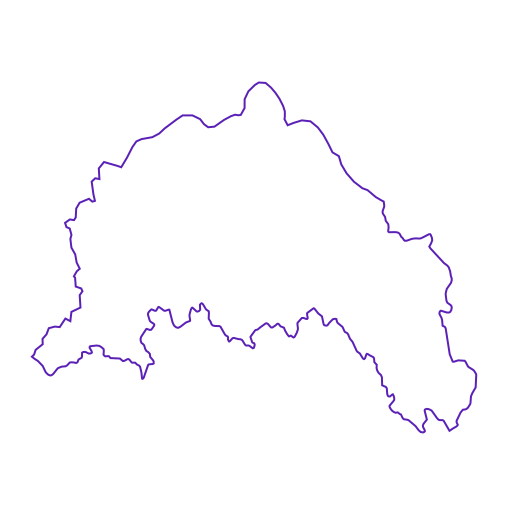 map outline of Khakass (Equal Earth projection), rotated 271°
{"feature_id": "RUS-2402", "entity_name": "Khakass", "entity_type": "Republic", "adm_level": 1, "iso_a3": "RUS", "parent_name": "Russia", "parent_adm1": "", "projection": "equal_earth", "projection_center": [89.08, 53.381], "detail": "fine", "context": "isolated", "style": "outline", "palette": "violet", "viewbox_px": 512, "rotation_deg": 271, "n_neighbors": 0, "source": "natural_earth", "source_scale": "10m", "svg_char_len": 6058}
<svg xmlns="http://www.w3.org/2000/svg" viewBox="0 0 512 512"><g transform="rotate(271 256 256)"><path d="M152.7,83.8L151.2,83.4L149.4,80.4L146.8,79.4L146.1,78.6L145.9,77.9L146.4,75.5L146.5,73.0L146.2,71.6L143.4,69.1L142.4,67.6L142.0,63.7L140.5,60.1L139.7,59.3L134.3,55.1L133.2,53.6L133.0,52.3L133.6,50.5L135.5,48.3L136.6,47.5L142.3,44.7L147.3,39.7L149.2,36.6L151.4,33.7L153.7,35.9L158.3,37.3L164.1,44.3L169.4,44.0L174.0,47.9L180.2,50.1L181.9,56.1L181.5,61.0L190.1,66.5L187.6,71.5L196.9,72.4L201.4,81.4L213.8,80.4L217.7,83.1L220.5,81.8L222.3,76.3L231.1,75.5L232.5,74.3L237.6,77.1L240.2,80.0L246.3,76.8L254.5,75.2L261.1,71.3L269.8,70.1L273.9,71.1L280.2,69.3L281.6,66.0L285.8,64.5L289.3,69.3L288.7,73.4L291.5,75.1L300.3,75.4L306.2,78.7L310.3,88.0L307.5,91.4L308.3,94.0L314.7,92.4L327.5,90.4L330.9,93.9L330.2,98.1L340.8,97.3L347.3,102.4L343.7,115.8L342.4,119.7L351.9,125.2L362.9,130.6L368.5,134.4L370.9,139.6L373.0,150.3L376.7,157.0L382.0,162.5L390.8,173.8L395.3,180.2L395.5,189.9L391.9,197.7L386.9,201.7L383.9,205.9L384.6,212.2L391.6,221.8L395.3,228.4L396.9,232.6L396.4,235.9L396.8,238.3L403.7,242.0L412.6,241.9L420.5,245.5L427.0,251.9L429.5,255.8L429.2,262.6L424.5,268.2L419.6,272.5L413.8,276.6L406.5,280.5L401.1,282.3L395.8,282.4L393.3,282.1L387.3,285.4L389.7,291.2L392.4,299.5L391.6,308.1L385.6,315.6L378.4,321.2L369.3,326.4L360.9,330.7L357.3,337.1L349.0,339.7L340.3,345.1L331.9,352.7L325.6,361.2L323.8,366.4L317.1,374.6L313.7,380.6L312.7,382.7L309.2,383.3L307.5,383.3L303.3,381.9L301.7,381.8L300.3,382.3L297.3,384.4L293.5,385.1L290.1,387.7L286.8,388.1L283.3,387.7L282.5,388.0L282.1,388.7L282.3,394.7L282.1,396.6L281.7,398.0L280.6,399.3L277.8,400.8L276.6,402.2L274.6,403.6L273.8,404.6L274.0,406.7L275.9,411.6L276.4,415.0L276.3,419.1L276.5,420.4L277.5,422.5L280.7,428.4L280.9,429.6L280.4,430.2L277.2,431.6L274.7,431.9L271.6,430.8L268.5,429.1L266.6,430.3L252.2,444.1L249.9,447.3L248.1,448.9L244.0,450.4L239.9,451.1L236.8,452.1L235.0,452.1L232.5,451.4L226.4,447.3L222.5,446.4L221.0,446.3L215.3,447.1L213.6,447.6L212.5,448.3L210.3,451.5L209.3,452.3L207.8,452.6L205.4,452.2L203.7,451.3L203.0,450.4L202.8,449.3L202.9,447.5L204.5,442.0L204.4,441.4L203.2,440.6L202.2,440.4L201.1,440.5L197.5,442.5L195.2,443.2L189.5,443.8L188.5,446.0L187.0,446.9L161.1,451.4L153.9,454.5L153.7,454.9L153.8,455.9L155.2,460.1L154.9,466.4L154.0,467.3L149.9,469.5L148.8,470.3L146.0,475.0L145.0,476.1L142.2,477.9L141.0,478.3L128.4,477.9L122.7,474.7L119.5,473.4L112.7,473.0L111.6,472.7L108.1,470.6L107.1,469.5L106.3,468.2L105.9,465.5L103.1,463.3L94.6,459.4L93.1,459.5L90.8,460.7L89.9,460.3L88.8,459.0L87.1,456.1L84.6,452.5L94.4,446.6L94.9,446.0L95.2,444.9L95.1,442.9L95.4,441.5L96.8,440.0L104.4,434.4L105.4,432.6L106.0,430.9L106.1,429.1L105.4,427.6L104.3,427.3L95.4,429.7L91.9,427.0L90.7,426.2L89.1,425.8L87.8,426.1L84.8,427.7L83.7,427.9L82.9,427.1L82.5,426.1L82.9,423.7L84.7,421.6L88.7,418.5L94.5,411.4L94.9,410.2L95.4,406.6L96.6,405.4L100.1,403.7L100.5,402.5L102.1,400.5L101.7,398.3L102.2,397.0L103.4,395.1L105.4,393.3L107.7,392.1L108.7,392.2L113.4,396.0L114.6,396.7L116.2,396.7L118.8,396.0L120.1,395.2L119.9,394.7L117.9,392.4L117.9,391.2L118.2,390.6L118.9,390.1L120.4,389.6L125.9,389.1L127.3,388.2L128.9,384.4L136.9,384.0L139.2,383.0L141.3,380.6L143.6,379.2L146.1,378.5L149.4,378.6L151.9,376.2L155.8,375.8L156.6,375.3L157.1,374.7L158.6,371.6L159.8,369.7L160.1,368.5L158.9,367.8L155.6,366.8L154.8,365.9L155.1,365.1L156.1,364.2L160.4,361.5L162.1,358.9L162.7,358.4L171.9,354.0L174.9,351.4L179.4,349.4L180.5,348.5L181.6,346.3L182.2,345.8L186.1,344.0L186.9,343.4L190.5,338.8L192.0,338.0L194.3,337.5L194.6,336.5L194.4,334.9L194.0,333.8L190.3,330.3L188.0,328.7L187.6,327.7L187.9,325.6L189.0,324.8L196.8,323.0L199.7,319.2L204.0,315.7L204.6,315.0L204.7,314.4L200.0,308.3L199.6,308.1L197.6,308.2L194.9,308.8L193.9,308.2L194.0,307.1L194.9,304.6L194.8,302.9L189.9,298.7L188.7,298.6L184.2,299.2L183.0,299.1L179.7,298.0L176.0,296.1L175.2,295.1L175.5,294.2L176.8,292.7L177.0,292.1L176.2,290.7L176.3,290.2L178.4,288.5L181.9,286.4L184.8,285.2L186.1,281.8L188.5,279.7L188.7,279.1L188.3,278.1L187.0,276.8L184.9,273.8L184.8,273.0L184.9,272.2L188.2,269.2L188.8,268.1L188.9,267.4L188.7,266.8L184.6,261.3L182.5,258.9L182.0,257.1L181.6,256.4L175.3,252.0L174.7,251.9L169.7,253.7L169.3,254.1L168.7,255.7L167.7,256.2L166.2,256.1L164.2,255.5L163.8,254.9L163.7,254.3L166.1,251.0L166.4,249.8L166.3,247.8L166.6,247.2L167.1,246.6L170.9,244.2L171.9,243.3L172.5,241.9L172.6,239.8L173.7,235.4L173.6,234.6L173.3,233.9L170.3,231.3L170.0,230.7L170.3,230.3L172.0,229.4L174.2,229.5L175.0,229.1L175.7,227.7L176.8,226.4L184.6,221.8L185.3,220.6L185.3,216.7L185.5,215.1L185.9,213.8L187.0,212.7L189.6,211.7L192.4,209.8L198.4,209.9L199.9,209.7L201.7,207.0L206.7,203.9L207.5,203.1L207.8,202.4L207.2,201.5L206.2,200.8L201.3,201.1L199.9,199.9L199.4,198.3L199.6,197.5L203.2,193.5L203.2,193.0L202.7,192.5L201.2,191.8L196.9,190.7L194.9,190.5L190.6,191.3L189.9,191.1L188.3,187.1L183.9,181.6L182.8,179.3L183.3,177.4L184.8,175.5L185.9,174.8L188.3,173.7L200.8,170.3L200.8,169.5L199.6,166.2L199.6,165.5L199.9,164.8L203.0,160.4L203.4,159.6L203.1,159.1L200.1,157.4L199.5,156.8L199.4,156.2L199.6,155.5L200.8,152.6L200.6,152.0L198.2,149.8L196.9,149.1L195.4,149.0L189.5,150.9L188.4,151.8L186.4,155.0L185.9,155.4L184.7,155.4L181.4,153.3L180.3,152.2L180.3,150.9L181.2,148.1L181.0,147.5L173.4,142.7L171.1,142.0L168.8,142.3L167.1,143.0L165.9,144.7L165.2,145.4L164.0,146.0L161.2,146.8L159.1,148.1L157.9,150.1L156.2,151.6L153.2,152.0L150.5,154.4L148.9,155.5L146.8,155.6L146.2,154.7L145.8,150.9L145.1,150.0L132.7,146.0L131.7,145.4L131.3,144.9L131.2,144.5L131.6,144.2L137.9,143.4L143.3,142.0L144.3,141.2L145.4,138.9L147.2,137.1L147.2,134.4L147.4,133.5L150.1,131.3L150.7,130.3L150.6,129.2L148.8,126.0L148.6,124.8L151.1,121.7L151.4,112.3L153.2,110.7L153.3,109.6L153.0,107.1L154.1,105.6L154.8,105.3L158.7,105.5L160.4,105.2L162.3,102.8L163.4,100.9L163.7,98.0L162.9,91.9L162.6,91.4L161.4,91.2L157.9,93.3L156.7,93.6L156.2,93.3L155.7,92.3L155.5,90.6L156.9,87.6L157.1,86.8L157.0,84.9L156.3,83.8L152.7,83.8Z" fill="none" stroke="#5b21b6" stroke-width="2"/></g></svg>